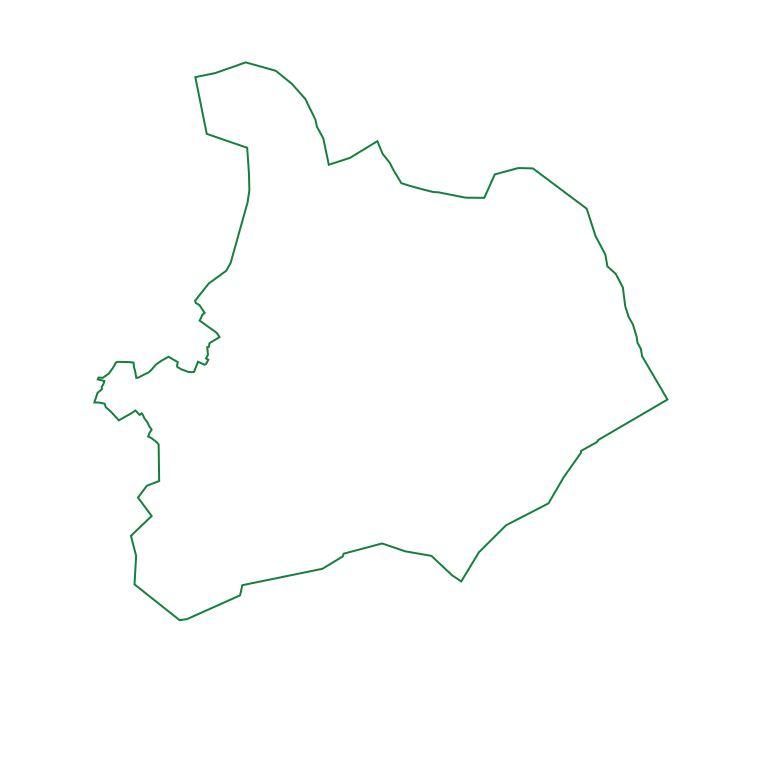 the district of Ife Central, Osun, Nigeria, rotated 104°
{"feature_id": "59680162B28710912427622", "entity_name": "Ife Central", "entity_type": "district", "adm_level": 2, "iso_a3": "NGA", "parent_name": "Nigeria", "parent_adm1": "Osun", "projection": "mercator", "projection_center": [4.539, 7.542], "detail": "fine", "context": "isolated", "style": "outline", "palette": "green", "viewbox_px": 768, "rotation_deg": 104, "n_neighbors": 0, "source": "geoboundaries", "source_scale": "gbopen_adm2", "svg_char_len": 1978}
<svg xmlns="http://www.w3.org/2000/svg" viewBox="0 0 768 768"><g transform="rotate(104 384 384)"><path d="M131.9,641.3L184.2,616.5L187.9,573.9L212.3,566.0L228.6,561.5L240.8,560.3L303.6,562.1L312.2,564.4L328.8,578.3L343.0,584.8L349.0,587.4L351.0,586.1L352.0,582.3L358.4,575.2L360.7,576.9L367.1,578.2L371.5,567.1L373.1,562.8L374.9,558.6L378.3,555.0L386.6,563.2L390.3,562.9L391.0,564.4L398.2,561.9L402.3,562.8L403.0,560.3L407.8,561.6L408.7,562.7L407.4,569.9L418.2,571.2L418.9,572.8L419.6,576.8L418.8,584.1L417.5,588.5L416.6,589.3L412.7,589.3L409.7,599.7L415.3,605.6L420.2,609.9L427.3,613.5L429.8,615.3L433.8,620.1L437.2,623.9L438.0,625.8L432.2,628.4L428.4,630.5L423.8,632.2L424.5,637.0L426.8,647.3L427.8,649.2L433.9,650.9L440.4,653.5L446.0,658.3L446.8,662.5L448.8,662.8L448.7,656.1L451.9,656.2L455.2,657.2L457.3,656.5L461.9,659.8L467.4,660.2L469.7,660.5L472.0,660.5L470.9,656.0L470.7,650.3L472.7,649.0L473.9,648.3L476.3,643.3L483.4,632.5L473.6,622.1L469.8,618.8L473.1,613.6L471.0,612.0L472.2,610.6L475.0,608.5L478.3,604.4L481.5,601.8L484.5,598.4L488.7,599.8L492.0,600.1L492.8,596.4L495.6,590.1L497.3,588.0L532.5,578.7L540.1,589.5L553.7,595.2L568.3,577.5L592.5,592.8L610.8,582.9L638.8,577.6L662.6,525.2L659.8,518.3L624.1,472.8L623.8,472.5L613.5,472.8L578.2,399.1L561.3,382.3L558.4,382.1L539.2,347.3L541.2,322.9L539.3,296.4L553.2,271.5L556.9,261.3L524.3,251.2L491.4,231.3L460.0,195.5L431.3,187.2L403.2,176.3L401.2,176.6L389.0,163.5L386.3,162.4L330.5,105.2L294.7,140.2L287.8,143.3L282.5,148.1L277.4,150.1L266.0,156.9L259.8,162.8L250.3,168.7L232.5,175.6L221.0,185.9L215.8,195.7L204.8,200.6L189.2,214.6L164.9,229.7L138.8,291.7L141.4,303.5L142.1,306.2L153.8,327.2L179.1,331.7L183.5,350.0L184.8,377.0L185.8,382.9L185.8,394.0L185.4,408.7L184.9,415.8L173.6,427.1L168.1,431.8L160.9,441.1L150.0,449.2L172.7,471.6L184.6,490.6L160.4,502.3L150.7,511.2L144.1,514.5L126.5,529.3L115.1,545.9L106.3,564.8L105.4,596.0L123.1,622.9L131.9,641.3Z" fill="none" stroke="#15803d" stroke-width="2"/></g></svg>